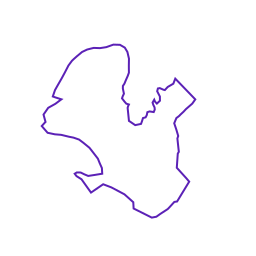 the district of Abua/Odual, Rivers, Nigeria, rotated 51°
{"feature_id": "59680162B70529740290920", "entity_name": "Abua/Odual", "entity_type": "district", "adm_level": 2, "iso_a3": "NGA", "parent_name": "Nigeria", "parent_adm1": "Rivers", "projection": "albers", "projection_center": [6.549, 4.841], "detail": "fine", "context": "isolated", "style": "outline", "palette": "violet", "viewbox_px": 256, "rotation_deg": 51, "n_neighbors": 0, "source": "geoboundaries", "source_scale": "gbopen_adm2", "svg_char_len": 1617}
<svg xmlns="http://www.w3.org/2000/svg" viewBox="0 0 256 256"><g transform="rotate(51 128 128)"><path d="M130.0,198.2L133.0,198.3L138.6,196.4L154.9,197.4L156.1,182.7L163.7,178.3L177.3,172.5L189.0,170.6L194.1,174.3L212.6,165.9L214.8,161.8L215.1,156.8L215.8,150.2L216.0,148.1L215.7,145.7L214.6,138.5L216.0,136.1L208.2,114.2L203.7,114.3L189.6,115.1L179.2,105.4L178.5,103.5L167.2,96.2L165.8,94.0L159.8,91.5L153.4,89.1L150.7,84.1L150.8,82.0L150.8,80.2L150.6,79.1L150.3,74.6L149.8,71.1L149.5,62.7L148.1,57.7L119.4,60.2L122.1,64.9L121.1,71.3L121.7,75.5L120.5,76.4L117.0,78.2L116.1,79.9L117.8,82.2L123.6,83.4L126.9,86.0L127.2,90.2L124.5,90.4L122.5,89.8L123.7,92.9L126.0,93.8L128.7,94.4L130.5,95.6L131.8,98.0L128.7,100.8L127.9,103.0L129.8,105.3L130.8,107.6L129.7,110.1L131.5,112.8L133.0,115.3L130.3,120.6L124.6,122.3L123.1,122.8L112.1,115.6L111.0,114.0L110.3,112.5L108.0,114.0L105.3,114.1L101.2,114.0L100.0,112.1L98.8,109.6L94.0,107.1L92.1,105.5L91.3,102.9L89.5,99.6L87.4,95.5L85.6,92.5L80.2,88.2L74.7,83.6L68.5,80.6L63.5,79.9L58.3,81.9L54.0,86.9L51.5,94.0L48.3,99.5L44.2,104.2L43.0,106.7L41.3,110.4L40.0,115.9L40.1,122.6L40.3,126.9L40.5,129.3L42.0,135.1L42.3,135.7L45.4,142.8L47.4,147.6L47.8,148.6L50.9,156.6L52.6,160.9L56.2,166.6L58.5,165.2L63.8,161.7L63.5,169.2L62.1,177.3L64.4,185.2L71.4,188.3L71.5,189.4L72.2,193.8L81.1,193.5L86.9,188.8L91.0,184.5L91.7,183.9L97.6,179.4L101.2,176.4L106.2,173.3L107.4,173.0L111.4,172.0L119.2,170.4L124.9,170.5L132.9,170.7L137.8,172.2L142.7,173.5L147.3,176.8L143.7,183.1L140.2,189.1L136.5,191.1L132.8,192.8L130.3,195.8L130.0,198.2Z" fill="none" stroke="#5b21b6" stroke-width="2"/></g></svg>